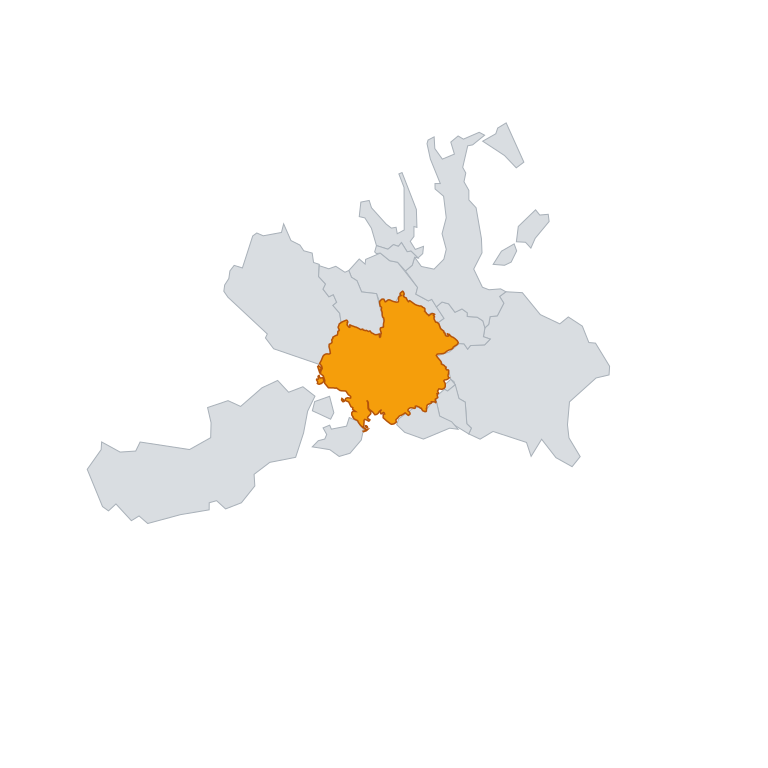 Germany highlighted, Natural Earth projection, rotated 221°
{"feature_id": "DEU", "entity_name": "Germany", "entity_type": "country or territory", "adm_level": 0, "iso_a3": "DEU", "parent_name": "Europe", "parent_adm1": "", "projection": "natural_earth1", "projection_center": [10.44, 51.169], "detail": "fine", "context": "with_neighbors", "style": "filled", "palette": "amber", "viewbox_px": 768, "rotation_deg": 221, "n_neighbors": 13, "source": "natural_earth", "source_scale": "50m", "svg_char_len": 11486}
<svg xmlns="http://www.w3.org/2000/svg" viewBox="0 0 768 768"><g transform="rotate(221 384 384)"><path d="M336.7,431.3L343.1,435.9L362.8,439.2L355.7,451.2L353.8,463.8L350.0,466.8L343.7,465.2L344.0,469.7L333.7,479.6L333.3,487.6L340.0,484.9L344.7,492.6L344.1,497.7L348.1,504.4L343.2,509.8L346.6,523.6L354.2,525.9L352.5,533.6L339.5,543.7L311.6,538.9L290.8,544.7L288.9,555.5L272.3,557.8L256.6,549.7L251.2,553.6L225.4,545.4L220.1,538.5L227.9,527.7L232.3,492.2L218.8,473.6L209.1,464.7L188.3,457.9L187.8,445.0L205.9,441.2L228.8,445.7L225.5,425.9L238.1,433.4L270.6,419.7L275.3,405.4L287.3,401.9L289.1,408.0L295.4,408.3L310.8,423.6L317.9,422.2L332.7,431.7L336.7,431.3ZM370.9,552.7L380.1,545.9L382.5,561.3L377.7,575.1L371.2,571.5L368.0,559.4L370.9,552.7Z" fill="#d9dde1" stroke="#a8b0b8" stroke-width="1"/><path d="M402.6,270.7L418.8,249.9L422.8,230.6L414.6,222.3L413.7,200.8L421.6,185.8L433.8,186.1L438.0,179.7L433.4,174.3L451.8,152.0L470.8,123.7L482.3,123.7L485.0,115.1L507.6,117.6L508.7,107.5L516.0,106.8L552.0,124.9L554.4,148.9L559.1,155.0L538.5,159.5L527.4,170.5L530.0,180.2L487.8,206.9L479.6,229.8L489.1,241.3L501.7,250.5L490.8,269.1L477.5,273.0L473.6,301.1L466.6,316.9L450.6,315.2L443.4,328.7L428.1,329.5L423.8,313.4L412.6,294.3L402.6,270.7Z" fill="#d9dde1" stroke="#a8b0b8" stroke-width="1"/><path d="M569.2,354.2L570.3,361.8L574.5,368.3L574.9,375.2L567.0,378.7L580.2,409.6L579.1,414.5L572.4,416.6L560.8,431.1L564.8,439.0L548.3,431.2L538.6,433.7L532.0,431.9L524.1,435.7L516.9,429.5L511.3,431.8L503.9,422.2L493.7,421.1L492.2,415.6L482.8,413.7L480.9,418.2L473.3,414.6L474.1,409.8L463.8,408.3L457.3,402.7L451.5,391.6L452.4,385.6L448.9,376.3L443.9,370.2L447.5,365.6L444.2,356.9L490.4,338.2L503.7,341.0L504.9,345.2L558.7,347.1L565.7,348.9L569.2,354.2Z" fill="#d9dde1" stroke="#a8b0b8" stroke-width="1"/><path d="M485.0,446.6L484.7,462.1L476.9,462.1L479.6,466.0L472.7,480.4L460.6,480.8L453.6,484.8L422.0,478.9L418.9,472.7L405.1,475.8L403.5,479.2L381.7,472.9L383.3,465.5L387.5,464.5L394.5,469.4L396.5,464.7L408.7,465.5L418.6,462.3L425.3,462.9L429.7,466.5L430.9,463.5L428.8,452.0L433.8,449.7L438.5,441.6L448.9,447.3L461.3,438.8L472.1,444.2L478.6,443.2L485.0,446.6Z" fill="#d9dde1" stroke="#a8b0b8" stroke-width="1"/><path d="M480.5,483.5L495.7,493.3L507.4,496.8L512.5,494.1L520.8,506.1L515.6,512.8L509.1,508.8L487.3,506.1L480.7,506.5L477.7,510.2L472.6,506.1L469.8,513.5L497.8,545.5L510.6,552.3L509.1,555.4L474.1,537.0L461.9,523.8L464.7,522.5L458.2,515.0L457.8,508.9L448.7,506.1L444.5,513.8L440.3,507.8L441.0,501.4L450.8,502.0L453.3,499.0L463.6,502.2L463.5,497.3L468.3,495.4L469.5,488.3L480.5,483.5Z" fill="#d9dde1" stroke="#a8b0b8" stroke-width="1"/><path d="M383.3,465.5L381.7,472.9L395.1,476.6L394.0,483.9L387.8,486.9L377.5,484.7L374.4,491.8L367.8,492.4L365.4,489.6L357.5,495.6L350.7,496.5L344.7,492.6L340.0,484.9L333.3,487.6L333.7,479.6L344.0,469.7L343.7,465.2L350.0,466.8L353.8,463.8L365.6,463.9L368.5,460.1L383.3,465.5Z" fill="#d9dde1" stroke="#a8b0b8" stroke-width="1"/><path d="M334.9,419.7L337.6,423.7L336.7,431.3L329.7,430.2L331.4,420.4L334.9,419.7Z" fill="#d9dde1" stroke="#a8b0b8" stroke-width="1"/><path d="M336.7,407.9L334.9,419.7L331.4,420.4L329.7,430.2L317.9,422.2L310.8,423.6L295.4,408.3L289.1,408.0L287.3,401.9L320.9,396.3L336.7,407.9Z" fill="#d9dde1" stroke="#a8b0b8" stroke-width="1"/><path d="M347.7,361.6L350.1,367.4L346.5,383.2L343.0,389.7L334.8,389.7L336.7,407.9L320.9,396.3L308.2,399.9L298.3,398.5L305.5,393.7L318.1,368.3L336.6,361.1L347.7,361.6Z" fill="#d9dde1" stroke="#a8b0b8" stroke-width="1"/><path d="M395.1,476.6L403.5,479.2L405.1,475.8L418.9,472.7L422.0,478.9L442.0,483.4L440.6,492.2L444.1,499.8L432.9,497.2L421.6,503.5L420.7,517.4L425.4,526.5L438.8,535.5L446.1,550.3L462.2,564.8L473.4,564.7L477.0,568.7L473.0,572.2L496.6,584.2L509.2,593.6L510.8,597.0L508.3,603.4L500.1,595.0L487.5,592.0L481.7,603.7L492.3,610.4L490.8,619.8L484.7,620.9L477.3,636.4L471.3,637.8L474.0,622.6L477.1,618.7L466.7,599.1L460.7,596.9L456.3,589.1L447.0,585.8L440.7,578.6L430.1,577.4L405.8,557.6L396.1,547.3L391.7,529.6L373.2,521.6L366.6,524.0L358.4,532.3L352.5,533.6L354.2,525.9L346.6,523.6L343.2,509.8L348.1,504.4L344.1,497.7L344.7,492.6L350.7,496.5L357.5,495.6L365.4,489.6L367.8,492.4L374.4,491.8L377.5,484.7L387.8,486.9L394.0,483.9L395.1,476.6ZM443.0,635.5L468.8,632.0L463.8,646.2L466.1,651.8L463.1,661.2L424.0,643.2L426.0,633.9L443.0,635.5ZM370.2,583.8L377.4,578.2L386.0,591.0L383.9,614.9L377.3,613.7L371.4,619.8L366.0,615.0L365.5,593.2L362.3,582.9L370.2,583.8Z" fill="#d9dde1" stroke="#a8b0b8" stroke-width="1"/><path d="M388.2,335.9L379.7,338.5L369.7,336.3L364.4,326.8L364.2,309.5L370.3,299.9L381.8,298.9L396.9,289.5L396.4,298.1L392.6,303.6L394.1,308.3L401.2,310.9L398.0,317.3L394.1,315.4L384.6,327.6L388.2,335.9ZM420.5,316.8L424.8,325.3L417.0,339.0L403.0,329.4L401.2,322.4L420.5,316.8Z" fill="#d9dde1" stroke="#a8b0b8" stroke-width="1"/><path d="M442.0,483.4L453.6,484.8L460.6,480.8L472.7,480.4L475.3,477.4L477.7,477.6L480.5,483.5L469.5,488.3L468.3,495.4L463.5,497.3L463.6,502.2L453.3,499.0L450.8,502.0L441.0,501.4L444.1,499.8L440.6,492.2L442.0,483.4Z" fill="#d9dde1" stroke="#a8b0b8" stroke-width="1"/><path d="M457.3,402.7L463.8,408.3L474.1,409.8L473.3,414.6L480.9,418.2L482.8,413.7L492.2,415.6L493.7,421.1L503.9,422.2L510.5,430.8L501.3,434.7L497.6,441.2L486.8,442.7L485.0,446.6L478.6,443.2L472.1,444.2L461.3,438.8L448.9,447.3L423.6,429.9L419.6,417.3L447.6,402.5L451.2,404.5L457.3,402.7Z" fill="#d9dde1" stroke="#a8b0b8" stroke-width="1"/><path d="M382.3,465.5L377.6,462.9L373.4,463.1L372.7,462.3L372.2,462.1L371.7,462.4L371.3,462.4L369.8,461.2L369.2,461.0L368.3,461.2L367.3,461.8L366.8,462.6L366.9,463.0L367.5,463.2L368.9,463.1L369.1,463.2L369.1,463.5L367.8,463.9L367.5,464.2L367.2,464.3L365.8,464.0L364.0,464.0L362.5,464.6L360.2,464.8L357.0,464.7L355.2,464.0L354.7,462.8L354.8,461.1L355.6,458.7L355.9,457.0L355.5,455.9L356.0,454.3L357.3,452.1L358.1,449.9L358.5,447.4L359.2,445.9L360.3,444.8L363.4,441.5L363.3,439.9L361.5,439.3L356.1,438.4L355.0,438.0L353.9,436.8L353.3,436.8L352.1,437.2L350.5,437.5L349.4,437.2L348.6,437.3L348.2,437.5L348.0,437.3L347.8,436.3L346.3,435.8L345.7,435.9L345.3,436.4L344.7,436.8L344.1,436.7L341.9,433.9L341.8,433.4L341.4,432.6L340.4,431.7L339.3,431.4L338.8,431.5L338.9,430.5L339.3,429.0L339.7,428.2L340.3,427.5L340.8,427.1L341.0,426.3L340.9,425.5L338.7,424.8L337.8,424.2L336.2,422.4L335.8,421.4L335.8,420.3L336.0,419.5L336.8,417.9L339.4,416.4L339.1,415.0L339.1,414.1L338.5,413.5L337.2,413.2L336.9,412.8L336.8,412.4L337.7,411.5L336.6,410.8L336.2,410.1L334.6,409.2L334.5,408.9L335.3,406.2L334.7,405.4L334.0,405.0L333.2,404.8L332.9,404.4L332.7,404.0L332.9,403.7L333.9,403.8L336.5,401.9L336.6,401.6L335.8,401.4L335.8,400.6L337.0,398.3L337.4,397.4L337.5,396.7L337.5,396.0L336.1,394.1L336.1,393.4L335.6,393.1L334.2,391.3L334.3,390.6L335.1,390.0L337.2,389.2L339.0,389.7L339.8,390.2L340.7,389.6L342.0,389.7L345.0,388.7L345.5,388.2L345.8,387.7L344.7,386.5L344.7,386.2L344.9,385.8L345.2,385.4L345.9,385.2L346.6,384.8L348.3,383.6L348.9,382.5L349.1,380.6L348.7,379.9L348.3,379.5L346.4,379.5L345.3,379.1L344.7,378.5L344.6,378.0L344.8,377.6L344.9,377.2L344.8,376.8L344.8,376.5L345.4,376.2L348.9,376.2L349.2,375.9L349.5,374.3L350.4,371.8L351.2,370.5L351.4,369.9L351.4,366.7L351.6,365.0L351.0,364.3L349.7,363.4L350.0,361.7L350.4,360.3L351.8,358.6L352.9,358.2L357.5,357.9L362.5,358.0L364.6,360.5L363.8,361.8L365.1,362.4L365.7,362.2L366.1,361.1L366.4,359.8L366.9,359.5L368.4,360.4L369.0,361.0L369.0,363.1L369.6,360.3L369.2,358.3L369.5,356.5L370.1,355.5L370.7,354.8L374.4,355.5L378.6,355.2L380.1,355.9L383.6,359.6L384.8,360.2L386.3,360.3L384.2,359.6L380.0,355.1L378.7,354.6L376.8,354.4L375.5,354.0L374.8,353.3L374.5,352.7L374.6,348.2L373.9,347.6L373.0,347.3L372.4,347.6L371.1,347.7L370.9,346.6L371.2,345.9L373.6,345.4L375.3,344.7L375.3,343.5L374.3,342.5L373.1,340.8L371.7,339.2L371.6,337.3L374.7,337.4L378.4,338.3L379.3,338.9L380.5,338.9L382.6,338.3L384.1,338.1L384.7,338.4L385.8,338.6L385.8,338.9L387.8,339.4L388.6,340.1L389.5,341.2L389.6,342.8L388.4,343.9L387.5,344.6L391.1,344.3L392.0,345.7L394.0,345.2L398.9,347.3L401.9,346.3L402.7,346.2L403.4,347.9L402.6,349.6L400.0,351.4L400.6,352.5L401.4,352.8L403.9,352.5L407.9,353.6L408.7,353.3L411.9,350.8L413.1,350.2L417.3,349.8L418.1,348.8L419.8,347.8L420.9,346.8L423.5,344.7L429.5,345.7L431.1,347.9L435.2,350.3L438.8,350.1L440.2,352.4L440.8,355.2L442.0,356.1L443.0,356.7L446.1,357.3L446.7,360.3L448.3,365.0L448.3,366.5L447.8,368.1L446.8,369.4L445.5,370.2L444.8,371.0L444.6,372.0L446.4,373.6L449.9,376.0L451.4,378.0L450.7,379.7L450.5,380.9L450.8,381.7L451.4,382.3L452.3,382.8L452.6,383.6L452.5,384.6L452.7,385.2L453.3,385.7L453.0,386.6L452.3,388.8L451.4,390.1L451.7,391.1L452.5,392.4L453.1,393.0L453.3,393.6L452.9,395.0L453.1,395.4L455.6,396.5L456.0,396.9L456.3,398.0L457.2,400.1L456.5,402.9L455.9,404.4L454.4,407.3L454.0,407.7L453.4,407.7L452.5,407.4L451.9,407.0L452.0,406.0L451.6,405.9L451.1,405.3L450.9,404.6L450.4,404.3L447.8,403.9L447.3,404.0L447.0,404.5L447.6,405.3L448.6,406.0L448.5,406.3L446.3,406.9L444.8,407.6L443.5,408.0L442.2,408.7L439.5,409.4L437.5,409.7L437.1,409.9L436.4,411.2L435.9,411.5L435.1,411.1L434.6,411.3L434.1,411.7L433.6,411.9L433.2,411.9L432.4,413.0L430.2,413.4L429.5,414.7L429.2,414.9L428.2,414.6L426.8,414.4L426.0,414.8L425.0,415.0L423.8,415.1L422.5,415.8L421.3,417.2L420.6,418.4L420.2,418.8L419.5,417.7L418.2,416.5L417.7,416.5L417.6,417.3L418.1,418.2L418.8,418.9L419.2,420.3L420.2,421.2L421.7,422.0L422.7,422.7L423.4,423.8L423.4,424.1L423.2,424.5L421.8,426.5L422.0,427.0L423.3,428.3L424.1,429.4L425.1,431.4L425.8,432.2L427.7,433.7L429.1,433.7L430.6,434.9L432.2,436.7L433.4,437.5L434.2,437.8L434.9,438.4L435.8,439.9L436.4,440.3L437.8,440.2L439.7,441.6L440.9,442.7L441.6,443.6L441.4,443.9L441.4,446.1L441.2,446.7L440.4,447.5L439.7,447.9L437.1,446.8L436.7,447.1L436.1,450.1L435.6,450.7L434.9,451.2L431.6,452.2L429.0,453.5L427.9,454.2L427.2,455.2L427.2,455.7L429.9,459.0L429.9,460.5L429.1,462.0L431.0,462.4L431.3,463.2L431.2,464.5L431.0,465.8L430.8,466.3L430.1,466.3L428.9,465.8L427.9,465.2L427.6,464.8L427.5,464.3L427.7,464.0L427.4,463.4L426.2,462.9L424.9,463.1L424.0,463.5L423.4,463.5L422.7,463.0L421.7,462.6L419.6,462.1L419.4,462.2L419.5,463.3L419.3,463.8L412.8,464.4L410.8,465.0L409.3,465.8L408.3,466.1L408.0,466.6L407.0,467.2L405.8,467.4L405.5,467.2L403.4,467.8L402.6,467.7L401.4,466.4L401.0,465.9L401.1,465.6L399.2,465.5L398.1,465.1L395.6,465.2L395.0,465.0L394.9,465.2L394.6,467.4L394.1,468.3L393.3,469.2L392.3,469.7L391.5,469.8L391.5,469.1L391.7,468.3L390.3,468.0L389.9,467.8L390.0,467.2L389.8,466.8L389.4,466.4L388.6,465.8L386.7,465.0L385.5,464.6L385.0,465.0L384.1,465.5L382.7,465.3L382.3,465.5ZM438.6,346.2L438.9,347.3L438.6,347.9L437.1,346.9L435.6,346.9L434.7,348.4L434.0,348.5L431.7,347.1L431.3,346.5L431.2,345.9L431.5,344.0L431.4,343.4L432.2,342.7L432.3,341.8L433.5,340.8L434.7,340.7L435.0,341.6L435.6,342.2L437.5,342.8L437.8,343.1L438.0,343.5L437.1,344.3L436.8,344.8L437.1,345.4L438.6,346.2ZM445.4,353.6L445.2,354.1L445.5,354.9L444.9,354.9L443.2,355.0L441.6,354.8L441.3,353.7L441.5,352.8L440.8,352.1L440.2,351.7L440.1,351.1L440.2,350.5L445.4,353.6ZM366.7,339.3L366.4,339.6L366.6,337.2L368.1,334.6L368.7,334.7L368.1,335.4L367.9,335.9L367.6,336.8L367.7,337.3L371.0,337.5L370.6,337.9L367.3,338.2L366.7,339.3ZM406.3,345.5L404.2,345.6L403.4,344.9L402.7,344.7L403.1,343.9L403.6,343.6L405.6,344.1L406.2,345.2L406.3,345.5ZM370.5,340.5L369.9,340.9L368.7,340.9L368.0,340.5L368.2,340.1L368.9,339.8L369.4,339.7L370.3,339.9L370.5,340.5Z" fill="#f59e0b" stroke="#b45309" stroke-width="1.5"/></g></svg>